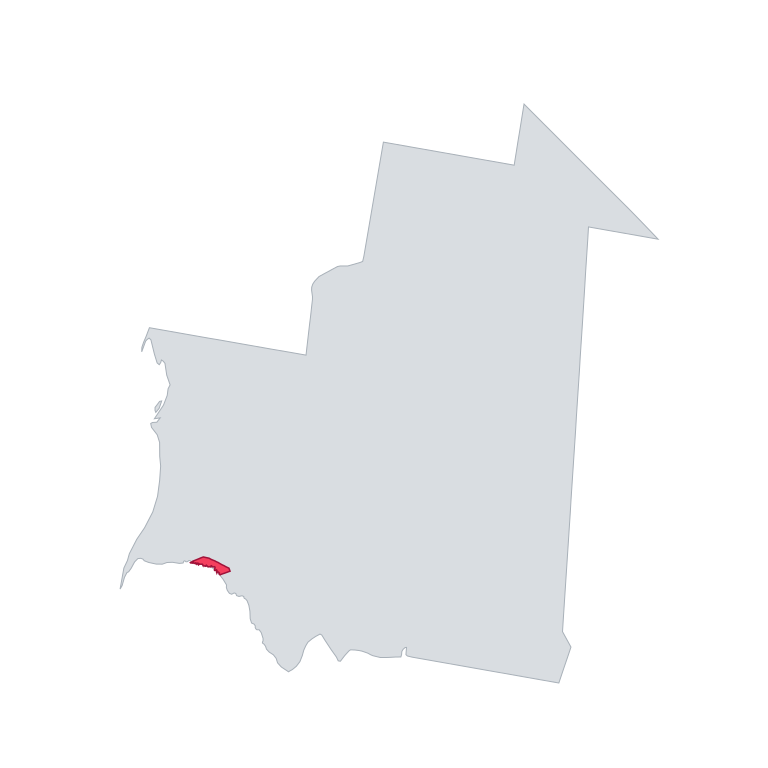 location of Boghe, Brakna, Mauritania, rotated 10°
{"feature_id": "47542326B52802302132146", "entity_name": "Boghe", "entity_type": "district", "adm_level": 2, "iso_a3": "MRT", "parent_name": "Mauritania", "parent_adm1": "Brakna", "projection": "natural_earth1", "projection_center": [-14.531, 16.65], "detail": "fine", "context": "in_parent", "style": "filled", "palette": "rose", "viewbox_px": 768, "rotation_deg": 10, "n_neighbors": 0, "source": "geoboundaries", "source_scale": "gbopen_adm2", "svg_char_len": 5497}
<svg xmlns="http://www.w3.org/2000/svg" viewBox="0 0 768 768"><g transform="rotate(10 384 384)"><path d="M332.9,680.9L332.0,680.5L327.6,677.1L325.5,673.0L322.1,669.9L317.4,667.9L314.3,665.5L312.9,662.9L311.1,661.1L309.3,660.2L309.1,659.3L309.5,658.0L309.1,655.6L306.3,650.2L303.7,647.7L301.5,648.1L300.3,647.4L299.5,646.3L299.2,644.5L297.7,643.0L295.1,642.4L293.0,638.4L291.4,631.0L289.3,625.3L286.8,621.2L285.0,619.7L283.7,619.4L283.2,618.8L282.8,617.6L280.9,617.2L278.1,618.4L275.6,618.0L274.4,616.0L272.7,615.8L270.5,617.5L268.1,617.0L265.5,614.4L264.1,611.8L263.8,609.2L259.3,604.1L250.6,596.4L241.1,592.7L230.8,593.2L225.1,592.9L223.8,591.6L222.6,591.7L221.3,593.1L219.9,593.5L218.5,592.7L217.6,593.3L217.2,595.2L213.6,596.2L206.7,596.3L201.2,597.5L197.0,599.9L191.0,600.9L183.2,600.6L178.6,599.7L177.0,598.3L174.7,597.9L171.9,598.7L169.3,602.5L167.0,609.4L165.1,613.3L163.6,614.3L162.0,619.4L161.1,628.0L159.7,631.8L159.8,610.4L162.0,602.4L162.7,595.3L167.5,579.8L173.2,567.1L178.5,550.2L180.5,533.9L179.8,517.9L178.3,503.6L175.7,494.2L173.2,480.6L169.5,473.4L162.6,467.1L161.1,463.4L162.7,462.1L166.9,461.1L169.5,456.2L163.9,458.1L170.5,443.1L172.5,432.9L172.2,426.2L173.5,422.0L168.5,413.0L164.7,401.7L162.7,399.9L160.6,399.0L160.4,401.6L159.3,404.0L156.9,402.6L152.7,394.4L146.8,381.0L144.7,379.6L142.9,381.4L141.8,383.2L139.8,394.4L139.2,389.9L140.0,384.7L141.5,378.3L143.2,369.3L148.4,369.3L157.6,369.3L176.1,369.3L185.3,369.3L203.8,369.3L213.0,369.2L231.5,369.2L240.7,369.2L259.2,369.2L268.4,369.2L286.9,369.1L296.1,369.1L302.2,369.1L301.8,362.8L301.5,357.7L301.1,350.9L300.7,344.2L300.3,337.4L300.0,331.1L299.6,324.8L299.2,318.9L298.9,313.5L298.4,310.4L296.4,304.2L296.0,301.2L296.5,298.0L297.8,294.9L301.4,289.4L306.8,285.1L313.1,280.1L317.8,276.4L320.3,275.4L327.7,274.1L333.6,271.3L339.3,268.5L341.7,267.0L342.0,261.8L341.4,145.9L369.6,145.9L377.0,145.9L429.0,145.9L436.4,145.9L474.2,145.9L474.1,140.4L474.0,132.6L473.8,121.8L473.7,111.0L473.4,92.0L473.3,84.0L480.8,89.3L495.9,99.9L503.5,105.2L518.6,115.8L533.7,126.4L548.9,137.0L556.4,142.3L564.0,147.6L571.6,152.9L579.2,158.2L594.4,168.8L600.7,173.3L610.5,180.4L619.7,187.1L628.8,193.8L614.9,193.8L596.2,193.8L583.4,193.8L570.4,193.8L558.1,193.8L559.4,204.8L560.7,216.7L562.0,228.6L563.3,240.5L564.7,252.4L568.7,288.1L570.0,300.0L571.3,311.9L572.6,323.8L574.0,335.7L576.6,359.5L577.9,371.4L579.2,383.3L580.6,395.2L581.9,407.1L583.2,419.0L585.8,442.8L587.1,454.7L588.4,466.6L589.8,478.5L591.1,490.4L592.4,502.2L593.7,514.1L595.0,526.0L597.6,549.8L598.9,561.7L600.2,573.5L601.5,585.4L602.8,596.9L607.7,603.0L613.8,610.6L612.2,621.3L610.2,634.1L608.1,648.1L591.2,648.1L574.6,648.1L533.1,648.1L524.8,648.1L483.3,648.1L475.0,648.1L459.0,648.1L454.3,647.8L452.6,646.7L451.9,639.5L450.5,639.9L448.8,642.1L448.0,644.4L448.3,647.4L448.0,649.9L442.7,650.9L435.5,652.6L427.9,654.0L420.3,653.5L417.7,652.9L414.9,651.9L408.8,650.9L405.5,650.8L401.7,651.0L397.2,651.6L395.8,653.0L392.4,658.4L389.2,664.6L387.0,664.6L384.6,661.2L378.0,654.7L370.0,646.2L366.3,642.0L364.4,641.4L360.6,644.4L357.4,647.4L353.9,651.5L352.4,655.4L351.2,660.1L350.7,665.6L349.4,672.0L346.7,677.2L343.4,681.1L341.0,683.0L340.0,684.0L332.9,680.9ZM166.8,447.0L164.2,451.6L163.1,449.8L162.6,446.8L164.9,442.4L166.0,440.1L168.0,439.3L166.8,447.0Z" fill="#d9dde1" stroke="#a8b0b8" stroke-width="1"/><path d="M236.1,585.7L233.2,587.4L233.2,587.5L226.3,591.8L226.1,592.0L225.7,592.4L225.5,592.7L225.3,592.8L225.0,593.0L224.9,593.4L224.4,593.6L224.6,593.8L224.8,593.8L225.2,593.6L225.4,593.3L225.6,593.1L225.8,593.5L226.1,593.8L226.3,593.8L226.7,593.4L226.8,592.6L227.0,592.4L227.3,592.5L227.5,592.8L227.7,593.3L227.9,593.6L228.3,593.5L228.6,593.5L229.0,593.6L229.3,593.7L229.4,593.1L229.6,592.8L229.9,592.8L230.0,592.9L230.1,593.0L230.4,593.5L230.5,593.7L230.8,594.0L231.0,593.6L231.3,593.1L231.6,592.7L231.9,592.7L232.3,593.2L232.3,593.4L232.3,593.8L232.3,594.0L232.5,594.2L232.7,594.4L232.9,594.1L233.0,593.8L233.3,593.7L233.3,593.2L233.6,593.3L234.0,593.5L234.3,593.4L234.6,593.3L234.9,593.2L235.1,593.1L235.3,593.1L235.6,593.2L235.8,593.2L236.1,593.1L236.4,593.0L236.5,593.0L236.9,593.6L237.2,594.2L237.4,594.0L238.1,594.2L238.1,594.3L238.3,594.6L238.4,594.4L238.7,594.3L238.8,594.3L239.3,594.3L239.5,594.2L239.8,594.3L240.0,594.5L240.3,594.4L240.4,594.1L240.4,593.5L240.5,593.3L240.9,593.5L241.2,593.8L241.3,594.0L241.6,594.1L242.0,594.3L242.4,594.7L242.6,594.7L243.0,594.5L243.2,594.4L243.4,594.2L243.6,594.2L243.8,594.2L244.1,594.3L244.4,594.3L244.6,594.3L244.6,594.2L244.8,594.0L245.0,593.5L245.1,593.3L245.6,593.0L245.8,592.9L245.9,593.0L246.0,593.3L246.1,593.6L246.2,593.8L246.6,593.9L246.8,593.8L247.3,593.7L247.5,593.7L247.7,593.8L248.3,593.7L248.8,593.4L249.2,593.5L249.4,593.7L249.5,594.0L249.5,594.6L249.4,594.9L249.5,595.2L249.4,595.6L249.3,596.0L249.2,596.4L249.5,597.0L250.0,596.8L250.5,596.8L250.8,596.5L251.2,596.1L251.5,596.2L251.7,596.4L251.8,596.6L251.9,596.8L251.8,597.0L251.7,597.1L251.6,597.3L251.6,598.1L251.8,598.3L251.9,598.6L252.1,598.9L252.2,599.1L252.3,598.6L252.5,598.1L252.8,598.0L253.0,597.9L253.5,598.0L253.9,598.2L254.2,598.5L254.4,598.6L254.7,598.8L254.6,599.1L254.5,599.4L254.7,599.8L254.8,599.9L255.0,600.0L255.3,600.1L255.6,600.3L255.8,600.4L256.2,600.0L258.5,598.7L260.0,597.9L263.8,595.7L264.9,595.1L263.3,592.3L260.0,591.4L257.8,590.6L256.1,590.2L253.2,589.2L251.8,588.6L249.7,588.1L248.3,587.6L245.9,587.1L244.5,586.8L243.3,586.4L241.9,585.9L241.0,585.9L236.1,585.7Z" fill="#f43f5e" stroke="#9f1239" stroke-width="1.5"/></g></svg>